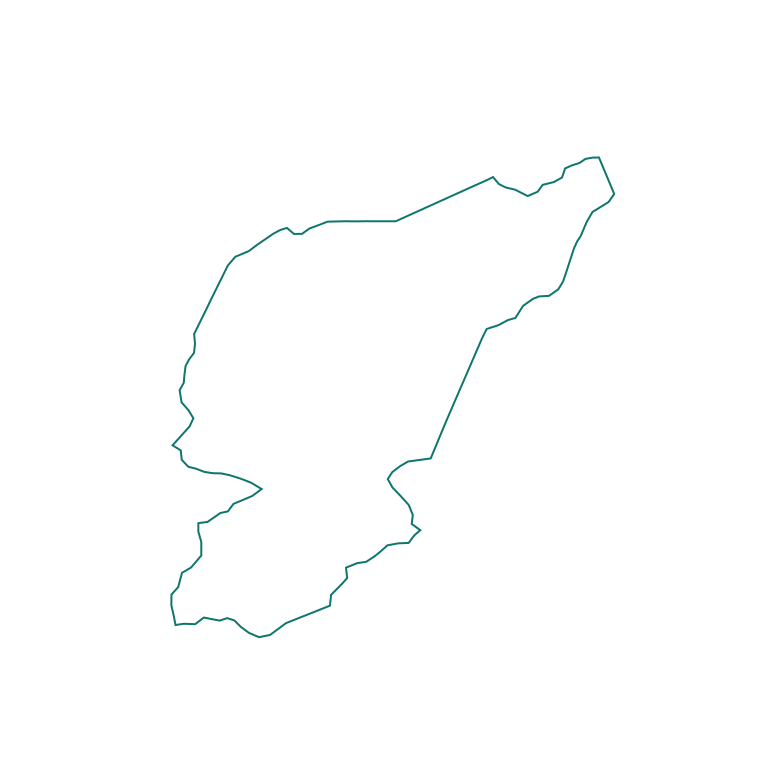 Três Coroas, Rio Grande do Sul, Brazil (Robinson projection), rotated 156°
{"feature_id": "56859067B74226062291931", "entity_name": "Três Coroas", "entity_type": "district", "adm_level": 2, "iso_a3": "BRA", "parent_name": "Brazil", "parent_adm1": "Rio Grande do Sul", "projection": "robinson", "projection_center": [-50.767, -29.471], "detail": "fine", "context": "isolated", "style": "outline", "palette": "teal", "viewbox_px": 768, "rotation_deg": 156, "n_neighbors": 0, "source": "geoboundaries", "source_scale": "gbopen_adm2", "svg_char_len": 1760}
<svg xmlns="http://www.w3.org/2000/svg" viewBox="0 0 768 768"><g transform="rotate(156 384 384)"><path d="M371.6,297.0L343.1,324.0L275.6,386.1L267.8,392.5L255.6,391.2L244.8,392.0L237.1,390.9L225.2,398.8L213.4,401.2L206.6,400.9L197.4,397.4L186.3,399.6L178.9,404.7L173.7,410.2L155.2,430.7L149.8,435.5L144.1,439.2L132.8,449.7L123.5,456.4L114.4,457.6L104.8,458.9L96.4,464.0L95.5,503.5L101.7,506.1L108.5,507.7L115.6,506.4L123.4,507.3L130.9,507.3L137.4,500.2L146.8,499.4L158.0,501.4L165.5,497.1L176.3,497.3L185.2,508.2L192.8,514.0L197.7,519.9L200.2,528.7L207.0,528.4L221.6,528.4L307.1,527.9L334.2,540.0L346.0,545.1L352.4,548.1L369.6,555.3L380.3,555.8L388.9,556.4L397.8,554.5L405.2,557.7L409.2,566.1L416.3,566.9L424.1,566.3L443.0,562.8L453.5,560.4L468.1,560.7L478.4,555.8L498.2,539.4L507.1,532.0L514.9,525.4L537.1,506.9L540.3,497.6L544.9,489.7L552.0,485.8L557.9,481.2L562.5,473.7L566.4,466.6L573.2,461.5L576.4,449.6L573.2,439.2L572.1,430.2L578.9,424.3L602.1,414.0L596.7,406.0L599.6,397.1L596.4,387.9L590.3,383.2L583.9,376.8L576.8,372.2L569.2,368.6L562.1,363.5L553.6,356.0L545.6,347.9L538.5,337.8L550.0,335.3L570.3,335.7L578.5,331.1L586.0,332.7L601.3,329.8L610.2,332.4L613.6,324.8L615.2,313.9L620.7,301.6L635.0,294.8L645.3,293.7L654.6,282.2L663.8,278.1L668.3,268.3L670.4,257.5L672.5,248.6L664.7,246.5L654.2,241.4L643.6,243.9L630.4,234.7L622.5,233.9L616.8,228.8L613.6,220.4L608.6,211.6L601.1,203.5L590.1,201.1L570.7,205.4L523.5,203.5L518.1,212.9L503.5,218.6L496.6,221.7L493.4,231.7L481.1,231.2L472.8,228.8L462.8,230.4L456.0,232.2L446.4,235.2L436.0,232.7L426.1,228.8L417.9,233.4L410.3,235.7L415.6,244.9L410.9,252.7L410.6,263.4L414.2,274.4L418.4,286.2L419.2,295.7L412.1,300.2L402.7,302.4L393.5,303.4L371.6,297.0Z" fill="none" stroke="#0f766e" stroke-width="2"/></g></svg>